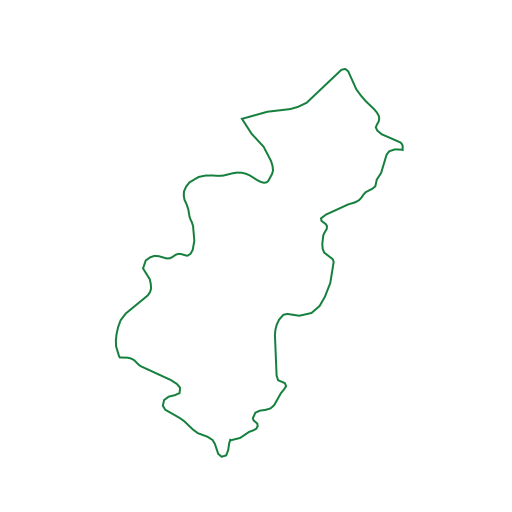 SVG path tracing the border of Cao Bằng, rotated 104°
{"feature_id": "VNM-511", "entity_name": "Cao Bằng", "entity_type": "Province", "adm_level": 1, "iso_a3": "VNM", "parent_name": "Vietnam", "parent_adm1": "", "projection": "natural_earth1", "projection_center": [106.073, 22.737], "detail": "fine", "context": "isolated", "style": "outline", "palette": "green", "viewbox_px": 512, "rotation_deg": 104, "n_neighbors": 0, "source": "natural_earth", "source_scale": "10m", "svg_char_len": 2253}
<svg xmlns="http://www.w3.org/2000/svg" viewBox="0 0 512 512"><g transform="rotate(104 256 256)"><path d="M117.6,139.4L117.7,140.9L118.9,146.9L122.1,152.0L126.0,153.8L145.1,154.7L152.7,157.3L159.5,157.1L162.3,159.1L167.5,165.0L170.7,166.7L173.8,167.8L176.9,169.5L179.9,172.7L179.9,172.8L180.0,172.8L183.6,179.0L198.8,198.0L203.7,202.0L206.0,201.0L207.1,198.7L208.1,196.1L209.7,194.4L212.6,193.9L217.2,195.3L219.7,195.7L228.3,194.6L232.7,193.1L236.2,190.7L240.5,180.8L243.0,179.2L264.2,177.4L278.9,179.3L289.1,182.2L297.9,188.4L303.5,199.5L304.6,211.4L306.4,215.2L312.2,218.2L317.9,219.3L323.3,219.3L328.5,218.4L367.0,207.1L371.2,204.5L372.4,197.2L375.0,195.3L378.6,196.5L382.9,198.6L396.4,202.3L400.4,205.1L403.1,209.7L405.1,214.8L408.2,218.7L414.2,219.8L416.1,218.6L418.3,214.2L420.7,213.2L423.6,214.0L425.5,216.0L428.4,220.2L436.4,227.4L440.8,235.7L440.6,236.5L444.6,236.7L450.9,236.0L456.7,236.7L459.1,240.8L457.1,244.8L448.2,250.5L445.0,253.7L443.1,259.4L442.0,269.5L439.6,275.3L433.8,285.4L431.8,290.3L427.1,306.9L423.8,310.2L418.0,310.3L413.6,306.7L410.7,301.1L407.5,297.0L402.2,297.8L399.3,301.8L397.0,308.5L390.8,341.4L389.6,344.0L386.6,348.9L385.7,352.4L385.7,355.8L387.4,363.6L386.4,364.6L377.5,369.9L371.9,371.5L365.8,372.4L358.5,372.6L351.0,371.8L343.2,368.4L320.6,351.6L316.8,350.1L313.0,349.9L308.2,351.5L304.2,353.5L295.4,362.6L287.0,361.9L282.9,358.4L280.4,354.5L279.7,350.2L280.0,342.2L279.0,338.9L276.9,336.6L274.3,334.3L272.7,331.9L272.2,329.0L272.4,325.9L272.4,322.7L269.8,320.1L265.4,318.9L256.2,319.5L242.2,324.3L238.9,326.3L236.4,328.4L233.9,330.0L227.1,333.0L223.0,335.6L218.7,339.0L214.8,340.7L210.7,341.5L205.7,340.6L200.7,338.4L193.2,330.8L190.1,324.3L188.4,317.7L187.4,312.1L185.9,307.2L181.3,298.5L179.7,294.7L178.7,290.3L178.6,285.9L179.3,281.6L182.2,272.9L183.0,269.1L183.0,265.9L182.0,263.6L180.4,262.3L172.1,260.2L168.8,260.2L164.5,261.8L160.2,264.4L148.1,275.1L138.5,289.8L126.3,302.8L113.3,279.9L105.1,258.2L101.1,251.3L95.0,243.9L54.7,218.2L52.9,214.6L54.5,211.2L70.0,199.0L74.9,193.1L79.1,187.2L84.8,177.2L87.3,173.7L90.0,171.0L92.7,169.7L95.9,169.5L99.0,170.4L102.2,170.9L105.0,168.6L107.5,163.4L110.9,143.3L111.8,141.9L112.8,140.9L114.0,140.2L117.6,139.4Z" fill="none" stroke="#15803d" stroke-width="2"/></g></svg>